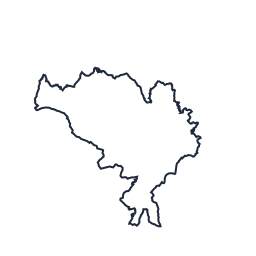 Lashio, Shan, Myanmar (orthographic projection), rotated 139°
{"feature_id": "60261553B9019752921327", "entity_name": "Lashio", "entity_type": "district", "adm_level": 2, "iso_a3": "MMR", "parent_name": "Myanmar", "parent_adm1": "Shan", "projection": "orthographic", "projection_center": [98.2, 22.767], "detail": "fine", "context": "isolated", "style": "outline", "palette": "slate", "viewbox_px": 256, "rotation_deg": 139, "n_neighbors": 0, "source": "geoboundaries", "source_scale": "gbopen_adm2", "svg_char_len": 5791}
<svg xmlns="http://www.w3.org/2000/svg" viewBox="0 0 256 256"><g transform="rotate(139 128 128)"><path d="M79.7,72.9L79.5,74.1L80.5,75.9L82.3,76.2L82.0,80.4L82.7,81.5L83.5,81.8L83.5,82.3L82.0,82.9L82.4,84.0L81.8,84.6L80.6,84.4L81.3,82.8L81.2,82.5L80.2,82.6L79.1,83.2L78.6,84.7L76.4,84.2L75.5,84.5L74.7,85.1L73.2,85.1L71.8,86.0L71.8,86.3L72.7,87.1L74.3,87.5L75.0,89.6L76.7,89.9L77.0,89.6L78.0,90.3L78.2,94.0L78.0,94.4L76.5,94.1L73.9,95.1L73.4,98.8L72.4,99.0L70.8,98.5L69.1,98.5L69.0,100.0L69.5,101.3L70.3,102.1L71.6,102.4L72.2,103.4L71.5,104.4L71.6,105.1L72.3,105.5L74.3,105.6L76.4,103.7L78.5,105.0L77.6,105.2L77.6,105.9L77.1,106.4L77.3,106.9L77.6,106.6L77.9,106.8L77.9,107.4L76.9,107.3L77.1,108.7L76.3,108.9L75.8,109.6L76.5,110.2L75.3,110.4L75.7,111.4L75.0,111.5L75.0,112.3L75.8,112.2L76.0,112.7L75.2,113.4L75.2,113.8L74.3,114.0L74.4,113.4L73.9,113.4L73.5,113.5L73.7,113.9L73.4,114.2L73.1,114.2L73.5,114.9L74.5,115.5L74.9,116.5L74.8,117.6L75.4,118.2L72.9,120.6L71.7,122.5L71.1,122.7L69.6,124.5L67.9,125.6L68.0,126.6L69.5,127.2L69.4,127.7L69.2,128.5L67.9,129.6L67.2,131.0L66.5,131.4L66.8,132.0L66.2,133.2L67.2,134.4L68.2,134.6L69.9,135.8L71.2,136.0L72.0,136.5L72.0,139.3L72.9,139.6L73.8,142.6L74.9,143.7L77.7,142.9L78.8,142.9L79.0,141.9L79.7,141.8L84.2,141.8L85.0,142.0L85.1,142.4L86.0,141.6L86.2,142.0L86.8,141.6L88.4,139.4L88.8,139.6L88.7,138.9L89.4,138.9L91.7,136.7L92.6,136.7L92.2,135.8L92.7,135.2L92.9,134.2L92.6,133.6L93.1,132.6L94.0,132.3L94.3,133.3L96.4,134.2L97.0,134.8L97.2,135.2L96.9,135.8L97.1,137.4L96.7,139.3L96.1,139.4L96.2,140.8L95.1,142.6L95.0,144.7L91.8,150.6L92.3,153.0L92.9,153.5L92.8,154.7L92.2,156.0L92.4,157.4L92.0,158.1L91.8,159.6L92.8,161.3L93.5,164.7L93.2,165.4L93.5,166.9L93.1,167.7L93.1,169.6L93.4,170.2L97.0,171.6L98.9,172.9L101.2,173.0L103.3,174.6L104.4,174.4L105.1,173.8L105.5,174.0L106.1,175.7L106.0,176.8L105.2,177.7L105.8,178.8L107.9,180.5L108.5,181.4L108.9,185.3L108.6,185.7L109.0,186.8L109.8,187.8L110.6,187.6L111.1,189.0L111.5,188.6L111.5,190.0L112.4,188.8L113.5,189.5L113.5,190.0L113.8,190.0L113.5,190.4L113.0,189.9L112.5,190.5L113.7,191.5L113.2,191.9L112.8,191.6L111.9,191.8L112.5,192.4L112.0,192.4L111.7,192.8L113.3,195.0L113.7,194.9L113.7,194.5L114.3,194.9L115.1,194.7L116.3,193.2L118.5,192.5L120.1,193.1L122.2,193.0L123.7,193.4L125.7,195.7L125.7,197.2L126.1,198.1L126.2,200.4L129.2,199.3L131.5,196.9L132.8,197.0L133.8,196.5L139.0,195.9L140.6,195.4L141.5,194.4L142.6,195.3L144.2,198.0L145.0,198.4L145.8,200.2L146.2,200.5L146.9,200.2L147.2,199.4L149.0,200.2L152.6,199.3L152.6,200.4L153.4,202.1L152.0,202.5L151.8,203.2L153.2,204.3L153.0,205.3L153.4,206.1L152.8,206.5L152.8,206.9L153.2,207.3L153.9,207.3L154.1,207.9L155.0,207.8L155.4,208.3L156.0,208.3L156.6,209.0L157.6,208.7L158.3,209.5L158.7,211.3L158.0,213.9L158.2,214.4L157.7,215.2L158.0,216.0L159.2,217.1L157.7,218.3L157.3,218.3L156.6,220.6L156.0,221.5L155.9,222.0L156.4,222.4L156.7,223.5L157.5,223.4L158.6,222.3L159.6,222.5L160.3,221.4L161.5,221.9L162.0,221.9L162.4,221.3L164.0,221.6L165.2,219.5L168.2,217.9L169.3,216.3L173.5,214.1L175.5,212.7L176.2,211.8L178.4,211.4L179.4,210.8L180.1,209.7L180.2,209.1L181.5,208.2L181.9,205.9L181.4,205.1L181.3,204.0L183.6,203.8L184.3,204.3L185.1,203.9L185.3,201.6L184.8,201.0L179.7,199.4L176.3,197.2L173.9,194.7L173.1,192.4L171.6,190.9L171.5,190.0L170.7,189.2L170.6,188.1L168.8,185.6L167.9,183.3L166.5,181.2L166.4,175.8L167.7,175.5L167.8,175.0L167.3,174.2L167.9,172.1L168.6,171.0L168.7,169.4L170.2,168.1L170.9,167.0L170.6,166.0L170.9,165.4L171.2,162.5L173.2,161.4L173.3,160.6L172.9,160.2L172.5,155.2L170.8,153.0L170.6,150.6L167.5,145.1L166.8,142.0L165.7,142.2L165.2,141.6L164.9,137.4L163.7,135.6L163.5,134.7L164.6,132.8L161.5,128.2L161.4,127.6L161.7,127.1L163.5,126.1L164.0,123.8L165.2,122.4L166.1,122.6L166.5,122.4L168.3,122.3L169.9,122.5L173.4,121.9L173.8,120.4L174.9,118.5L175.2,115.1L167.0,110.9L165.2,108.1L162.8,108.3L162.0,108.7L161.0,108.5L160.5,107.5L160.4,106.4L159.8,105.3L158.4,104.3L158.2,101.5L159.6,99.9L162.2,98.9L164.8,97.1L165.2,96.2L165.0,94.5L162.1,92.5L161.7,91.7L161.5,89.8L160.5,89.7L157.3,88.1L156.1,86.9L153.2,85.3L154.2,84.8L154.3,84.2L155.0,83.7L156.5,84.3L156.3,83.3L156.8,82.7L158.3,82.7L158.5,82.8L158.5,83.4L159.8,83.8L161.0,83.7L161.6,83.2L160.8,82.5L160.7,81.9L166.1,80.9L167.0,80.3L169.2,80.2L170.6,81.4L173.6,81.7L175.2,81.0L177.7,78.7L179.8,79.6L180.4,79.4L181.1,78.5L180.5,73.1L180.7,72.3L179.9,68.8L179.1,67.8L180.6,66.6L180.7,66.0L180.3,65.3L179.3,65.4L179.1,64.8L178.4,64.3L175.9,63.3L175.9,61.8L176.9,61.2L177.0,60.2L178.2,59.2L178.9,58.9L180.1,59.8L180.7,59.3L181.0,58.5L181.7,58.2L182.0,58.8L181.6,60.2L182.2,60.3L184.0,56.9L188.6,55.7L189.8,55.0L188.7,54.3L188.2,52.0L187.9,51.6L186.3,51.3L185.8,50.3L185.5,48.6L183.8,48.5L181.2,49.3L180.5,50.5L178.7,52.1L176.2,53.1L175.5,53.8L174.0,53.8L173.4,54.3L172.2,54.5L169.6,56.6L168.5,55.4L167.2,54.6L167.2,53.1L168.4,52.3L168.9,50.9L170.1,49.2L170.7,46.9L172.3,45.7L173.5,43.5L172.4,39.8L171.0,37.7L170.8,36.4L169.2,33.5L167.9,32.5L166.9,34.6L166.8,35.8L166.1,37.7L164.4,39.9L163.4,40.4L162.9,42.0L161.6,42.9L160.5,45.4L158.1,47.0L155.8,52.9L157.2,55.4L157.3,57.1L157.1,57.8L156.2,58.4L156.1,59.4L155.7,59.9L153.2,60.1L152.8,60.5L152.5,63.2L152.8,64.3L148.2,65.0L145.9,65.0L145.0,65.5L144.1,65.3L142.9,64.6L142.6,63.9L141.9,64.1L140.8,64.0L140.1,64.4L137.9,64.9L137.9,63.7L137.1,62.8L135.9,63.2L133.0,66.1L130.5,67.4L129.2,67.4L127.1,67.0L125.2,65.6L123.9,64.3L123.1,62.8L122.6,62.6L121.9,62.8L115.6,68.3L114.2,69.2L111.7,69.2L111.2,69.8L109.4,69.9L107.4,70.5L106.7,70.3L106.8,69.5L103.1,69.7L102.4,68.6L100.0,67.9L98.3,65.7L97.6,63.6L97.0,63.3L94.4,63.5L94.0,64.2L92.5,64.0L92.2,63.7L91.9,63.7L91.7,65.1L89.7,66.1L88.9,67.1L87.8,67.6L86.5,67.5L85.7,68.4L84.4,68.9L84.3,69.5L84.8,70.8L84.2,72.7L83.0,73.5L79.7,72.9Z" fill="none" stroke="#1e293b" stroke-width="2"/></g></svg>